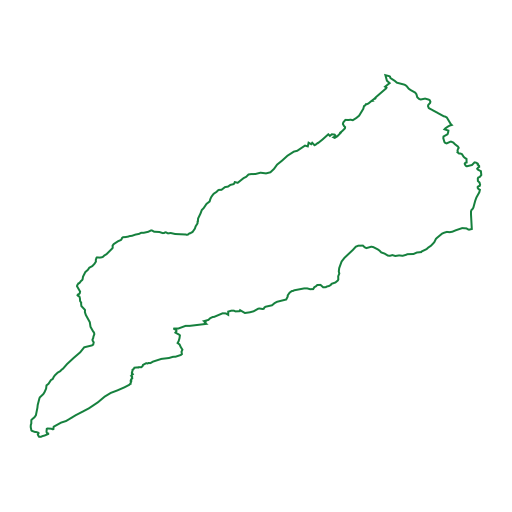 outline of Lazuri De Beius, Bihor, Romania
{"feature_id": "2599482B33228708697979", "entity_name": "Lazuri De Beius", "entity_type": "district", "adm_level": 2, "iso_a3": "ROU", "parent_name": "Romania", "parent_adm1": "Bihor", "projection": "natural_earth1", "projection_center": [22.328, 46.561], "detail": "fine", "context": "isolated", "style": "outline", "palette": "green", "viewbox_px": 512, "rotation_deg": 0, "n_neighbors": 0, "source": "geoboundaries", "source_scale": "gbopen_adm2", "svg_char_len": 5993}
<svg xmlns="http://www.w3.org/2000/svg" viewBox="0 0 512 512"><path d="M53.7,426.7L61.1,422.6L66.1,421.0L75.9,415.1L88.8,408.4L97.9,402.3L104.7,396.6L110.8,392.9L117.4,390.4L124.5,387.3L129.3,384.8L129.9,384.1L130.6,383.8L130.5,383.3L131.2,381.6L130.6,381.0L130.7,380.6L131.2,380.4L131.3,380.2L131.0,379.8L131.2,379.3L132.2,378.4L131.9,377.7L132.2,377.2L132.1,376.6L131.3,375.9L131.6,375.7L131.9,374.8L132.4,374.5L131.9,374.2L131.9,373.9L132.5,373.7L131.9,372.6L132.2,371.9L132.2,371.3L132.6,370.7L132.5,369.8L133.8,368.8L134.4,367.7L137.4,367.4L138.1,367.6L138.6,367.2L141.4,367.2L142.7,365.9L143.0,364.9L146.2,363.2L147.6,363.5L148.5,363.0L150.4,363.1L153.0,361.6L161.4,358.9L169.0,358.0L173.0,356.8L175.6,356.7L180.8,355.0L181.9,354.1L181.5,351.8L182.4,349.7L180.6,346.8L179.6,344.5L177.6,343.0L178.6,341.2L179.5,338.2L179.9,335.4L179.4,334.8L175.4,332.6L176.5,331.0L176.3,330.1L173.4,328.5L178.4,328.5L185.5,325.9L189.4,325.9L206.2,323.9L204.9,322.8L205.5,322.1L204.1,321.1L208.4,319.9L210.2,318.2L212.7,317.0L214.1,316.9L222.6,313.3L225.8,313.4L228.2,314.8L228.2,311.6L231.3,310.7L233.9,310.7L235.5,311.4L239.7,311.2L240.1,310.2L244.9,313.0L249.8,312.3L253.6,311.3L258.2,308.7L259.4,308.5L262.6,309.0L263.7,308.8L264.5,307.4L265.7,306.7L272.0,305.3L274.6,303.1L277.0,301.8L286.2,299.5L287.7,296.6L287.7,295.4L289.6,292.7L291.7,291.1L293.1,290.9L294.2,290.3L304.2,288.4L307.2,288.4L310.1,289.2L313.2,289.1L314.4,287.1L315.8,286.4L317.3,285.0L320.5,284.9L323.2,287.3L325.8,287.2L326.9,286.5L329.0,286.0L330.7,285.0L331.6,283.8L335.4,282.5L337.8,280.5L338.3,279.5L338.2,276.3L339.3,273.5L338.8,271.5L339.2,268.1L341.6,261.5L344.5,257.8L352.9,249.9L355.8,246.7L358.3,245.7L362.9,245.6L364.7,247.3L366.4,248.1L371.3,246.7L373.3,247.1L377.8,249.4L379.6,250.7L381.2,252.4L384.6,253.6L387.9,255.6L389.9,255.8L392.4,255.1L395.3,256.0L399.1,255.4L402.6,255.8L406.1,254.8L407.4,254.2L413.5,254.0L416.9,252.5L421.2,252.1L421.6,251.5L426.6,249.1L428.2,247.6L431.0,245.7L433.4,243.2L434.4,242.0L435.9,238.9L436.8,238.0L442.1,233.6L444.2,232.7L446.9,231.9L449.7,232.2L452.4,231.7L455.7,230.3L462.2,228.1L466.5,228.4L467.7,229.2L469.0,229.7L471.8,229.0L471.0,214.5L471.0,211.4L471.5,210.0L472.8,208.7L473.4,207.5L475.2,200.8L476.4,197.5L479.3,192.3L479.9,189.8L478.4,188.9L477.7,187.9L477.7,186.9L478.5,186.2L479.6,186.0L480.1,184.8L479.5,182.5L477.9,181.0L477.8,178.5L478.2,177.6L479.8,176.9L481.3,175.0L480.9,171.2L478.0,169.7L477.2,168.8L478.1,167.6L479.2,166.9L479.1,165.8L477.7,164.7L478.0,164.1L477.6,163.5L475.9,162.6L474.5,162.4L472.0,165.0L466.8,166.3L465.8,165.8L465.0,164.6L464.7,163.8L465.3,162.8L466.6,162.5L466.5,158.9L464.6,157.7L463.5,156.6L462.0,154.2L460.4,153.5L459.0,153.5L457.5,152.3L457.8,151.9L457.5,150.7L457.9,149.2L458.7,147.9L458.0,146.6L454.8,144.1L453.4,142.6L451.3,141.7L450.4,141.7L446.6,143.4L445.2,142.9L444.4,142.0L443.3,138.2L443.5,136.5L447.5,134.3L448.1,132.6L448.4,130.6L444.5,129.3L445.4,128.3L447.9,126.6L449.7,125.6L451.7,125.0L450.8,124.1L446.8,117.5L445.2,116.6L443.8,116.3L428.8,108.1L428.0,106.1L428.3,104.9L430.1,102.9L430.4,101.7L429.7,100.2L428.7,99.6L425.1,98.6L420.7,99.5L419.2,99.0L417.3,97.3L416.4,94.2L415.2,92.6L410.7,90.1L408.7,88.7L406.8,86.3L405.5,85.2L404.2,84.6L396.9,82.7L394.8,80.9L390.8,78.3L390.3,77.8L390.0,76.6L389.0,76.1L385.4,75.2L386.9,80.7L389.6,83.1L385.1,86.7L386.5,87.6L386.2,88.3L376.1,97.0L375.0,98.1L375.3,98.5L374.9,98.8L374.3,98.8L371.6,100.9L371.8,101.0L371.3,101.1L368.4,103.5L366.3,104.4L366.0,104.2L364.8,105.7L364.0,106.1L363.3,108.8L359.1,115.7L356.3,118.0L352.8,120.2L350.6,119.7L348.5,120.0L345.4,119.9L343.3,122.4L342.9,124.0L344.0,126.0L345.1,127.1L344.9,128.4L342.2,131.1L340.4,132.5L340.7,132.8L337.3,136.3L334.7,137.9L333.5,137.3L335.7,136.0L334.6,134.6L331.8,134.3L329.9,135.9L328.3,134.3L322.4,139.6L318.0,143.1L317.7,143.0L315.6,144.7L314.5,145.2L312.2,142.8L311.2,144.2L308.6,142.7L307.8,146.4L305.0,145.6L297.2,150.8L293.9,151.6L287.5,155.7L282.1,160.6L277.1,164.6L274.0,168.9L270.4,172.3L266.0,173.4L260.5,172.7L255.5,174.0L250.9,174.1L248.5,174.5L246.2,176.8L243.6,178.1L237.7,182.8L234.8,182.1L234.5,182.9L233.7,184.1L230.4,184.9L228.0,186.6L225.0,187.1L221.5,189.8L218.9,189.9L218.1,190.3L216.4,192.0L214.2,193.4L213.3,194.2L211.4,196.8L210.4,198.9L209.6,201.5L206.5,203.9L203.6,208.2L201.8,210.0L200.5,213.5L198.1,218.5L197.9,221.4L197.6,221.5L197.5,223.4L195.6,226.4L194.9,228.6L192.4,232.2L191.7,232.3L190.5,233.2L189.5,233.3L187.9,234.6L186.7,234.8L185.6,234.5L175.1,234.0L170.7,233.0L168.0,233.4L165.8,232.3L165.1,232.4L164.1,233.0L162.7,233.1L159.4,232.0L154.1,231.7L152.0,230.5L151.1,230.4L148.2,231.8L143.7,232.8L141.2,232.8L139.0,233.9L135.4,234.6L132.0,235.8L129.5,236.1L128.2,236.6L125.3,237.1L123.1,237.2L122.1,237.9L121.5,239.3L120.9,240.0L118.1,241.2L113.7,244.1L112.6,245.6L112.7,247.5L112.5,248.2L106.5,254.2L104.3,255.5L103.0,256.8L101.8,257.3L99.8,257.6L96.9,257.4L96.5,257.8L95.8,259.9L95.9,261.6L94.4,263.9L92.3,266.1L89.3,267.7L87.9,269.8L85.3,272.1L83.0,276.7L82.6,279.2L82.2,280.0L81.0,281.0L79.3,283.2L78.5,283.3L77.2,285.3L77.0,286.2L80.1,291.6L79.7,293.4L79.1,294.0L78.1,294.4L77.5,295.2L78.0,295.8L79.4,296.5L79.9,298.2L80.1,301.0L81.2,302.7L81.1,303.8L81.4,306.1L84.9,309.8L85.0,310.2L84.9,312.1L85.8,314.9L89.8,322.2L90.5,326.8L93.2,331.6L93.8,332.2L94.2,333.2L94.3,334.3L93.5,336.4L93.1,338.4L92.5,339.5L92.6,340.6L93.7,342.3L93.2,344.6L92.0,345.4L84.2,347.3L80.2,352.3L73.7,357.9L67.1,364.0L63.0,368.7L61.6,369.7L60.2,371.2L57.7,372.6L54.9,375.3L53.8,376.8L52.7,379.0L50.9,380.1L48.5,383.8L46.5,385.4L46.1,388.6L44.5,392.2L43.3,394.1L39.8,397.4L39.4,398.4L37.7,405.0L37.4,407.8L35.9,415.2L34.6,417.1L31.5,419.8L31.3,420.6L31.3,423.4L30.8,425.0L30.7,427.0L31.4,430.4L31.8,430.8L34.7,431.9L36.5,432.1L38.2,432.7L38.6,433.1L37.8,434.5L38.3,435.6L39.1,436.8L40.9,436.8L42.5,436.1L44.7,435.5L48.2,434.0L48.2,433.5L47.1,433.1L46.7,432.5L46.5,431.4L46.8,428.8L47.5,428.5L51.1,428.7L52.8,429.3L53.4,429.1L53.5,427.7L53.7,426.7Z" fill="none" stroke="#15803d" stroke-width="2"/></svg>